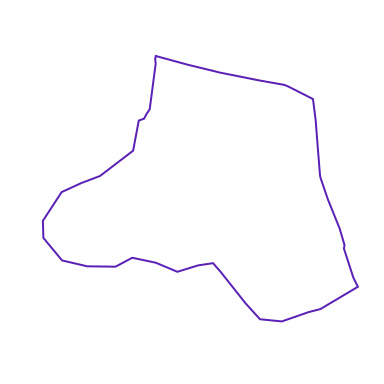 the district of Ngo-ketunjia, Nord-Ouest, Cameroon, rotated 263°
{"feature_id": "32672807B14234433619225", "entity_name": "Ngo-ketunjia", "entity_type": "district", "adm_level": 2, "iso_a3": "CMR", "parent_name": "Cameroon", "parent_adm1": "Nord-Ouest", "projection": "natural_earth1", "projection_center": [10.486, 5.994], "detail": "fine", "context": "isolated", "style": "outline", "palette": "violet", "viewbox_px": 384, "rotation_deg": 263, "n_neighbors": 0, "source": "geoboundaries", "source_scale": "gbopen_adm2", "svg_char_len": 727}
<svg xmlns="http://www.w3.org/2000/svg" viewBox="0 0 384 384"><g transform="rotate(263 192 192)"><path d="M139.9,54.7L131.0,79.0L127.2,107.0L134.0,124.7L126.2,147.5L114.6,167.7L118.4,189.0L118.8,204.2L109.7,210.4L74.8,231.7L57.4,244.0L52.6,265.4L58.6,293.2L60.1,305.0L77.7,345.1L87.4,341.7L117.3,335.9L120.8,336.9L137.7,334.1L168.4,325.9L190.4,321.3L193.4,321.1L221.8,322.3L248.6,323.5L269.5,323.4L285.3,299.9L287.0,296.8L294.9,271.2L307.1,234.3L308.8,229.9L318.8,203.4L321.5,196.8L331.4,172.6L328.2,171.6L323.8,171.6L279.3,160.1L275.0,156.4L270.6,153.3L269.4,147.9L240.2,138.6L220.6,105.2L219.1,102.6L214.4,83.3L207.8,62.6L181.6,40.5L164.6,38.9L154.4,45.4L139.9,54.7Z" fill="none" stroke="#5b21b6" stroke-width="2"/></g></svg>